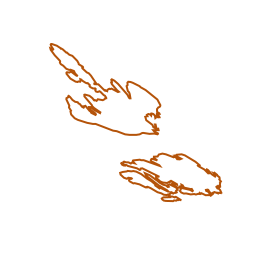 the district of Træna nor, Norway, rotated 40°
{"feature_id": "86288312B36206301754919", "entity_name": "Træna nor", "entity_type": "district", "adm_level": 2, "iso_a3": "NOR", "parent_name": "Norway", "parent_adm1": "", "projection": "robinson", "projection_center": [12.061, 66.501], "detail": "fine", "context": "isolated", "style": "outline", "palette": "amber", "viewbox_px": 256, "rotation_deg": 40, "n_neighbors": 0, "source": "geoboundaries", "source_scale": "gbopen_adm2", "svg_char_len": 5975}
<svg xmlns="http://www.w3.org/2000/svg" viewBox="0 0 256 256"><g transform="rotate(40 128 128)"><path d="M132.2,87.3L117.1,87.6L111.3,88.7L110.1,88.5L102.6,90.3L100.4,91.1L98.5,92.4L98.4,93.6L100.1,95.4L100.0,96.8L104.1,99.8L105.9,100.0L107.5,100.9L110.8,103.7L110.3,104.2L109.3,104.2L106.2,102.9L92.1,100.6L87.1,100.5L84.3,101.1L84.2,101.8L86.0,103.0L85.9,103.4L86.3,103.6L86.0,104.0L87.4,104.8L95.4,106.1L97.7,106.1L97.2,106.9L90.1,108.4L89.3,109.7L88.5,109.9L88.0,110.9L87.8,112.4L88.3,113.1L86.9,113.4L86.6,113.5L86.9,113.9L86.1,114.3L77.2,113.6L74.4,115.8L73.8,115.9L73.6,115.6L74.7,114.6L74.6,114.2L65.9,111.7L62.8,111.3L60.7,111.9L54.8,111.6L54.3,111.4L54.5,110.4L54.0,110.1L49.3,110.8L48.6,110.2L46.0,109.2L39.0,108.5L35.9,109.6L32.6,109.5L32.3,109.9L27.5,109.7L25.8,110.0L26.4,110.6L25.3,110.2L20.6,110.7L15.7,112.6L15.1,113.1L15.1,113.7L16.4,114.6L20.1,115.7L20.1,116.3L17.3,116.9L18.6,117.8L25.2,119.4L32.7,120.3L33.2,120.6L33.8,121.7L35.5,122.3L38.3,121.9L42.7,122.3L45.6,121.3L46.5,120.3L49.9,119.1L52.4,120.2L56.1,120.6L54.7,121.1L48.0,121.4L47.5,123.2L45.4,124.5L45.3,125.2L46.1,126.0L52.1,127.2L58.0,126.2L59.8,125.2L60.0,124.3L61.6,123.3L61.3,122.4L60.1,121.3L61.3,120.9L61.9,121.2L66.5,120.6L68.1,120.0L68.3,119.5L71.2,119.7L71.5,120.6L72.8,120.9L75.8,120.2L77.3,118.8L78.2,118.9L78.4,119.8L78.9,120.3L80.2,120.6L81.7,119.8L82.5,118.2L83.6,118.0L88.2,118.4L89.6,118.1L91.8,118.8L92.2,119.2L91.4,120.0L91.6,120.9L90.8,122.9L86.4,125.4L86.5,127.4L84.6,127.9L84.6,128.4L84.2,128.6L81.6,128.0L77.8,128.1L73.5,130.1L73.2,130.6L74.3,131.8L85.5,133.7L86.6,134.3L89.1,134.5L97.5,133.7L96.6,134.3L96.8,134.6L91.1,135.8L85.9,136.0L84.9,136.8L85.2,136.9L85.1,137.3L85.9,137.7L87.7,138.1L93.8,137.8L94.7,138.3L94.7,138.9L90.1,140.0L88.6,139.4L87.6,139.6L81.1,138.4L80.6,139.2L80.8,140.1L80.1,140.2L80.6,141.0L79.3,141.3L75.6,140.6L74.3,141.0L72.9,140.6L70.7,141.9L67.4,142.2L63.7,141.5L61.9,141.5L61.8,142.1L62.5,142.7L61.7,144.7L62.4,145.7L68.7,148.6L69.4,150.0L70.1,150.4L73.3,151.4L73.3,152.3L75.8,154.2L80.9,154.8L84.4,154.0L93.4,150.3L98.6,147.4L100.6,145.7L118.3,139.6L121.4,137.7L129.9,134.7L133.7,132.2L138.7,128.0L141.0,125.4L142.1,122.7L142.9,121.9L148.2,118.7L151.7,115.4L154.6,113.9L154.7,113.1L154.3,112.9L150.3,113.8L148.7,113.5L152.8,110.0L151.6,109.1L151.0,109.8L149.9,109.9L146.9,107.6L146.5,107.9L147.4,108.4L147.1,108.5L148.9,110.7L147.0,111.1L144.7,109.9L137.0,110.3L134.0,108.3L135.1,106.7L134.8,106.4L135.0,106.3L134.0,105.8L134.6,104.2L136.3,103.4L137.8,103.6L137.2,102.5L136.5,102.5L136.4,102.1L136.9,101.6L138.4,101.0L140.6,101.2L142.6,102.9L142.7,102.4L141.4,101.1L144.2,100.5L145.2,99.5L144.3,99.0L141.9,99.3L141.2,98.9L140.9,98.4L141.4,98.0L140.8,97.5L142.6,97.4L143.1,96.9L142.4,96.6L140.8,96.9L139.7,96.7L138.1,94.9L138.0,92.7L138.6,91.7L138.7,90.8L138.1,89.7L132.2,87.3ZM226.4,106.6L223.1,106.7L223.2,107.4L222.9,107.5L224.2,107.8L225.8,108.7L225.9,109.2L221.9,109.6L216.4,108.8L215.0,109.0L215.1,109.7L219.2,110.6L218.6,111.2L213.2,110.7L206.3,112.0L205.7,111.9L205.8,111.2L207.8,110.5L201.4,110.5L189.2,112.4L186.0,113.7L182.6,117.1L183.0,117.9L182.4,118.0L181.8,118.7L188.6,117.3L187.8,118.8L185.7,120.3L184.6,120.0L185.6,119.3L183.9,119.4L181.4,120.9L181.5,121.2L174.0,123.8L170.8,125.5L168.7,128.5L169.0,130.8L166.3,133.3L167.0,134.2L171.3,134.0L166.3,136.1L165.9,136.8L166.2,138.1L167.5,138.5L175.9,136.4L176.8,136.6L160.7,142.6L158.8,144.2L157.4,144.7L153.0,149.3L153.3,149.9L152.9,150.1L153.1,150.5L155.7,150.8L153.6,151.8L153.1,152.3L153.0,153.4L150.5,154.0L148.5,155.6L146.6,156.3L146.3,157.0L147.5,158.3L145.5,159.0L145.5,159.4L147.2,159.9L148.8,159.5L149.6,158.9L149.0,158.5L150.6,157.4L152.2,157.2L160.8,153.1L163.9,152.6L164.3,152.0L163.8,150.9L164.9,149.7L183.4,145.2L180.6,147.0L181.7,148.0L181.5,148.8L181.8,148.9L181.4,149.3L181.7,149.8L175.1,150.2L170.1,151.7L172.1,152.6L174.1,152.8L188.3,152.2L197.8,150.6L200.4,150.7L190.2,153.3L191.8,154.0L185.9,154.5L185.7,153.7L180.2,153.7L175.3,154.5L167.8,154.8L162.4,156.1L159.8,157.5L158.4,159.1L155.3,161.1L155.0,162.0L152.2,165.1L150.8,167.4L152.3,168.5L156.9,168.7L159.8,167.6L160.2,165.9L163.0,164.2L163.4,164.3L163.2,164.9L161.4,166.3L162.1,166.5L162.6,167.6L163.6,167.8L167.7,167.0L168.5,166.0L173.0,163.8L179.6,162.2L180.5,161.5L180.2,161.2L180.7,160.5L184.0,159.5L191.9,158.2L195.6,156.6L198.3,156.1L200.7,154.5L201.3,153.3L204.4,154.2L199.7,158.4L199.2,160.3L200.1,160.7L202.0,160.6L203.8,159.6L209.6,155.0L209.8,153.9L211.6,152.7L211.8,151.8L212.9,150.9L213.1,150.2L215.3,149.1L208.9,150.0L208.5,150.3L208.4,151.1L205.8,152.1L204.8,153.2L202.3,152.9L202.0,152.6L202.6,151.3L201.8,150.2L203.2,149.7L202.4,149.4L202.6,149.2L204.7,149.0L205.8,146.8L206.3,146.9L206.7,146.0L205.2,145.2L205.3,144.0L205.8,143.5L205.5,143.2L203.1,142.7L196.3,144.4L195.1,146.3L197.0,146.8L196.5,147.6L193.9,147.6L191.5,148.8L187.3,149.6L182.5,149.6L182.1,148.8L182.9,148.1L187.1,148.2L189.7,147.4L193.4,144.9L193.6,144.1L194.4,143.2L194.0,143.2L194.9,140.8L201.6,139.6L202.0,139.9L198.4,140.9L197.4,142.1L198.8,142.5L204.5,141.8L205.5,140.8L205.7,140.2L205.4,140.3L205.2,139.6L206.5,138.1L205.4,137.1L206.9,136.8L208.6,137.5L209.9,137.3L215.3,134.5L216.0,133.7L218.0,134.4L218.0,135.0L215.3,135.5L207.4,139.6L207.4,140.6L207.9,141.1L208.3,142.9L210.2,143.2L212.8,142.4L214.7,140.7L218.7,138.6L221.2,136.0L222.8,135.3L224.4,132.8L224.8,132.9L225.4,132.3L225.2,132.0L225.8,132.1L226.1,131.6L225.4,131.5L226.0,130.8L230.6,129.6L234.0,126.7L234.9,126.7L235.0,126.0L234.2,125.9L234.9,125.5L234.6,125.2L230.0,125.4L228.3,125.9L227.5,125.3L228.6,124.0L229.3,123.8L231.3,124.6L233.9,124.7L235.4,124.0L235.3,122.5L234.9,122.5L235.4,121.5L238.2,120.5L237.8,120.3L240.3,118.6L240.0,118.5L240.9,117.5L238.4,116.3L236.8,116.1L235.4,116.8L233.8,116.4L233.5,116.2L233.6,115.8L234.6,115.5L234.8,115.0L233.3,114.4L236.2,114.4L236.4,113.8L234.4,111.8L233.8,110.5L233.4,110.4L233.5,109.2L231.0,108.7L230.9,108.0L229.8,107.0L227.0,107.0L226.4,106.6Z" fill="none" stroke="#b45309" stroke-width="2"/></g></svg>